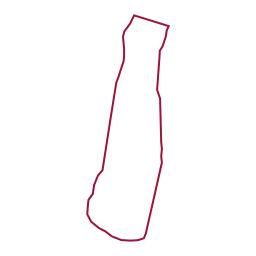 outline of Jundiá, Rio Grande do Norte, Brazil
{"feature_id": "56859067B95272256467362", "entity_name": "Jundiá", "entity_type": "district", "adm_level": 2, "iso_a3": "BRA", "parent_name": "Brazil", "parent_adm1": "Rio Grande do Norte", "projection": "mercator", "projection_center": [-35.342, -6.25], "detail": "fine", "context": "isolated", "style": "outline", "palette": "rose", "viewbox_px": 256, "rotation_deg": 0, "n_neighbors": 0, "source": "geoboundaries", "source_scale": "gbopen_adm2", "svg_char_len": 580}
<svg xmlns="http://www.w3.org/2000/svg" viewBox="0 0 256 256"><path d="M116.3,82.6L110.3,120.1L102.5,170.2L97.9,175.6L94.1,185.2L92.8,193.9L88.5,199.8L87.8,206.4L87.3,214.3L91.1,221.7L99.0,228.1L105.1,231.2L112.0,236.4L121.4,240.1L130.6,240.6L137.7,240.2L143.8,238.3L145.8,233.6L161.9,162.6L161.2,156.4L161.9,149.0L161.2,142.1L160.1,98.7L157.1,89.7L159.5,56.8L159.8,50.8L162.6,46.2L166.0,36.0L166.6,30.9L168.7,26.1L134.1,15.4L130.0,23.8L124.4,31.3L123.0,36.7L124.1,48.9L124.1,56.0L123.6,61.2L120.3,71.1L118.4,77.2L116.3,82.6Z" fill="none" stroke="#9f1239" stroke-width="2"/></svg>